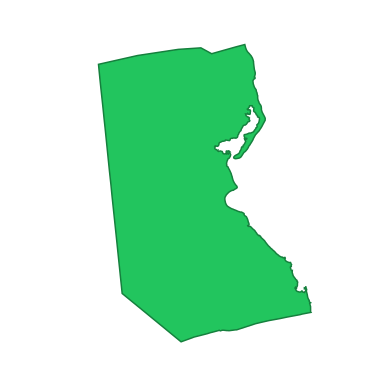 the district of Safata, Tuamasaga, Samoa, rotated 254°
{"feature_id": "51752279B93742903917224", "entity_name": "Safata", "entity_type": "district", "adm_level": 2, "iso_a3": "WSM", "parent_name": "Samoa", "parent_adm1": "Tuamasaga", "projection": "albers", "projection_center": [-171.851, -13.971], "detail": "fine", "context": "isolated", "style": "filled", "palette": "green", "viewbox_px": 384, "rotation_deg": 254, "n_neighbors": 0, "source": "geoboundaries", "source_scale": "gbopen_adm2", "svg_char_len": 5263}
<svg xmlns="http://www.w3.org/2000/svg" viewBox="0 0 384 384"><g transform="rotate(254 192 192)"><path d="M51.0,140.2L52.0,154.1L51.8,160.4L51.6,167.9L51.7,171.0L51.6,173.4L51.5,179.3L51.6,180.0L51.0,180.6L50.7,181.1L50.8,182.9L50.5,184.1L49.3,187.0L48.4,189.7L47.5,195.8L47.2,197.0L47.9,216.8L47.6,223.3L47.2,230.5L46.1,241.5L45.6,248.6L44.3,262.2L44.3,264.3L43.5,273.2L44.2,273.0L49.2,274.4L52.5,274.4L52.8,275.5L53.8,274.7L54.8,274.6L55.6,274.8L56.1,274.6L57.3,274.3L59.0,274.2L61.5,274.5L65.1,274.6L66.9,275.4L67.9,275.1L69.3,275.4L69.5,275.1L68.5,274.2L68.9,273.6L67.9,273.3L67.4,274.6L66.6,274.6L65.3,273.6L64.8,272.6L64.4,272.4L65.2,271.0L66.3,270.7L66.6,270.3L66.0,269.1L66.0,268.1L67.3,266.0L68.1,265.2L69.1,264.9L70.2,264.8L70.3,265.3L71.3,264.5L71.9,265.2L71.1,265.4L71.1,266.1L71.6,266.3L72.6,267.3L73.4,267.7L74.9,268.1L76.3,268.8L77.4,268.2L78.1,268.6L79.4,267.6L80.0,267.5L82.6,266.5L84.1,266.1L84.9,266.2L86.9,266.1L88.9,266.8L88.9,266.1L89.6,265.8L92.2,265.7L93.0,266.1L93.0,266.9L94.0,267.0L94.7,267.7L95.8,267.4L97.1,267.3L97.1,266.8L97.8,265.4L98.7,264.2L99.7,263.3L101.3,262.7L102.4,263.0L102.6,263.4L103.4,263.4L103.6,262.7L103.2,262.4L103.5,261.5L104.4,261.1L104.5,260.5L105.1,259.7L106.5,258.2L107.3,257.8L109.9,255.8L110.6,255.7L112.6,254.6L114.5,253.3L115.1,253.1L115.9,252.4L117.9,251.4L119.3,250.5L123.8,248.7L124.7,248.5L125.9,247.9L127.7,246.8L129.7,245.6L130.1,245.8L130.7,245.6L131.0,245.1L131.6,244.9L131.6,244.2L133.6,243.0L134.5,242.8L136.8,241.9L137.5,241.8L138.9,240.9L139.5,240.4L142.5,238.8L143.1,238.1L143.2,237.1L144.0,236.3L144.4,236.3L144.4,237.0L144.8,237.7L145.3,238.0L146.8,238.0L147.5,237.8L148.5,237.9L150.5,237.9L153.0,237.5L153.6,237.2L154.8,236.1L156.0,235.8L156.6,236.1L157.1,236.0L158.3,234.9L159.2,233.8L159.3,233.0L160.1,232.0L160.6,231.1L162.3,229.1L163.7,227.2L164.3,226.6L164.9,225.6L166.7,223.8L168.4,222.3L169.1,221.9L170.4,221.5L172.3,221.2L173.1,221.3L175.1,221.4L176.8,221.8L177.7,222.2L179.8,224.2L181.5,227.1L182.0,228.4L182.5,230.7L182.3,232.3L182.8,233.6L183.2,235.5L183.7,236.6L185.0,236.8L187.2,235.8L189.4,235.1L191.7,234.7L194.3,234.7L195.5,234.8L197.0,234.7L199.0,234.7L202.4,234.2L204.1,233.8L206.5,233.4L207.2,232.7L207.5,232.5L208.9,233.0L209.8,233.0L211.7,234.0L214.0,235.8L214.2,236.9L215.4,238.3L216.1,238.9L217.3,239.5L218.1,239.4L219.2,239.0L220.3,238.7L220.2,239.5L221.1,239.0L221.5,238.5L221.4,237.5L221.9,236.8L221.8,236.2L221.3,235.9L220.4,236.0L218.9,237.6L218.5,237.3L219.5,236.3L219.1,235.8L220.1,235.4L219.5,234.6L219.5,234.1L220.2,232.6L220.5,232.5L222.6,232.2L223.7,230.4L223.6,228.8L224.2,228.2L225.0,228.5L224.9,227.9L226.1,227.1L226.1,226.8L227.3,225.9L228.2,226.0L229.2,227.0L229.7,226.6L229.9,227.0L228.9,229.1L229.2,230.2L230.3,231.0L231.5,231.5L232.0,232.5L232.0,233.3L232.4,235.2L232.1,236.5L232.1,238.0L232.7,238.4L232.6,239.0L232.1,239.9L231.1,242.1L231.4,242.8L232.6,243.6L232.8,244.6L232.4,245.9L232.6,246.5L232.1,247.9L232.1,248.4L231.6,249.0L232.0,250.5L232.4,251.0L234.0,251.8L235.1,253.1L235.8,253.3L237.0,254.9L237.5,256.0L238.8,256.7L240.5,258.5L241.6,259.5L241.9,260.7L241.7,261.7L242.3,263.1L244.0,265.1L244.0,266.5L244.3,267.0L244.9,267.3L245.7,266.9L246.8,267.1L247.3,267.6L248.4,267.0L248.8,266.1L250.5,265.0L252.3,265.0L251.7,266.5L252.2,267.2L251.3,267.5L250.7,269.0L251.1,269.5L253.1,270.2L253.7,270.6L254.8,270.5L255.3,269.6L255.7,268.2L256.4,268.0L256.6,268.8L257.3,269.5L258.0,270.6L259.0,271.1L258.4,273.6L257.2,273.5L255.8,274.7L254.1,274.0L252.9,273.6L252.3,273.7L251.3,274.5L250.0,275.0L248.6,275.1L248.1,275.5L247.0,276.0L246.3,275.7L245.8,276.0L245.1,277.1L244.4,277.2L242.8,276.7L241.1,275.8L239.7,274.8L238.6,272.8L236.9,272.7L236.3,272.0L236.2,271.3L235.4,270.9L234.2,269.2L233.9,268.7L233.1,268.1L232.8,267.2L232.5,264.6L232.9,263.2L232.6,261.5L232.5,260.1L232.7,258.1L232.2,257.7L231.3,257.5L229.4,257.7L229.0,257.1L227.9,257.1L227.7,257.3L228.8,258.2L228.5,259.4L228.0,259.4L227.2,257.3L225.7,257.5L224.0,255.9L222.9,254.7L222.8,254.1L221.3,253.3L221.6,252.4L221.1,251.8L220.2,251.4L218.8,250.4L218.2,249.5L217.1,248.8L216.2,247.8L215.6,246.0L215.3,244.2L214.9,243.0L214.3,242.0L213.4,241.5L212.8,241.8L212.1,242.7L211.8,244.2L211.6,246.9L212.0,248.4L212.8,249.5L215.7,252.8L216.3,254.5L218.0,257.0L219.2,258.3L220.6,259.5L221.2,260.5L222.4,261.7L223.0,262.5L225.3,264.9L226.6,265.9L229.5,268.8L230.4,270.3L231.5,271.9L231.7,272.5L232.6,273.7L233.9,275.1L234.4,275.8L235.9,277.4L237.3,278.7L240.8,282.1L242.7,282.7L244.3,282.5L249.1,281.5L250.6,281.4L252.6,281.5L253.2,281.8L255.2,282.1L256.4,282.0L257.4,281.6L259.6,281.0L260.5,281.1L261.8,280.8L264.1,281.0L266.5,281.7L267.2,281.6L269.6,281.8L270.7,281.6L272.8,281.8L274.2,281.2L276.2,280.8L277.2,280.8L279.0,280.7L280.9,281.0L282.2,281.2L283.5,282.7L283.7,283.7L284.0,284.0L285.0,284.1L285.4,283.6L287.2,284.9L288.3,285.4L289.6,285.7L292.2,285.7L293.8,285.9L297.0,286.4L299.3,286.8L300.5,287.1L302.2,287.1L304.1,287.0L306.5,286.4L309.4,285.1L311.5,284.0L313.5,283.5L315.7,283.3L319.2,283.4L319.4,274.1L319.5,249.0L328.1,240.3L332.9,218.0L338.2,177.3L340.5,137.3L325.8,134.6L316.8,133.0L299.5,130.0L287.3,127.8L277.5,126.1L234.8,118.4L222.0,116.2L209.5,113.9L169.8,106.9L150.2,103.4L113.7,96.9L88.7,114.2L51.0,140.2Z" fill="#22c55e" stroke="#15803d" stroke-width="1.5"/></g></svg>